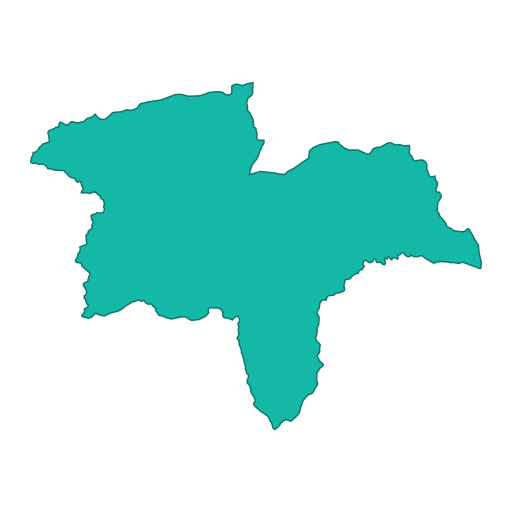 Than To, Yala, Thailand
{"feature_id": "78962969B74905002065974", "entity_name": "Than To", "entity_type": "district", "adm_level": 2, "iso_a3": "THA", "parent_name": "Thailand", "parent_adm1": "Yala", "projection": "mercator", "projection_center": [101.258, 6.055], "detail": "fine", "context": "isolated", "style": "filled", "palette": "teal", "viewbox_px": 512, "rotation_deg": 0, "n_neighbors": 0, "source": "geoboundaries", "source_scale": "gbopen_adm2", "svg_char_len": 5985}
<svg xmlns="http://www.w3.org/2000/svg" viewBox="0 0 512 512"><path d="M95.1,114.2L92.5,116.7L89.7,117.8L87.4,118.2L84.3,121.3L79.1,122.7L75.5,122.6L72.9,121.8L71.3,121.7L70.4,122.3L67.4,125.2L64.8,124.4L60.9,122.3L59.9,122.3L58.9,124.9L58.7,127.0L55.9,127.2L54.4,128.5L48.7,130.9L48.2,131.6L48.0,133.7L48.9,135.7L49.3,141.9L43.3,143.8L39.4,147.4L37.2,151.0L35.4,152.1L33.3,152.5L32.9,153.2L33.3,154.6L31.8,157.0L30.7,161.0L31.1,162.7L32.4,163.2L34.0,163.5L35.8,162.8L37.3,164.0L42.6,164.1L44.3,164.5L46.6,166.6L47.9,168.7L51.1,168.9L55.0,170.2L63.7,170.5L69.2,176.3L71.5,177.7L74.5,178.1L76.5,181.4L77.5,182.2L79.8,181.4L80.6,181.7L82.0,186.3L83.2,188.0L83.1,189.2L81.4,191.8L81.3,192.7L83.3,193.1L85.1,192.5L90.1,193.5L90.7,193.4L91.2,192.5L94.2,192.2L94.0,191.6L94.8,191.5L98.9,195.3L100.3,195.9L100.8,198.2L103.3,200.2L104.3,202.8L104.3,204.3L103.6,207.0L104.4,208.5L104.4,209.9L103.1,212.6L101.2,213.0L96.7,212.8L95.4,213.9L92.2,214.6L91.2,215.6L91.1,216.6L92.1,220.3L92.9,221.3L93.1,222.8L92.2,224.3L91.7,228.6L88.3,231.2L87.8,233.6L86.0,235.4L86.3,241.0L87.0,243.5L85.5,245.0L82.5,245.8L80.0,247.0L79.9,247.5L80.3,248.9L79.9,251.3L77.9,254.0L77.5,256.6L75.5,260.3L75.7,261.6L76.7,262.4L81.1,263.1L82.1,266.3L90.1,273.2L88.2,279.0L87.8,281.2L87.0,281.9L84.2,282.8L83.5,284.0L83.6,285.9L86.1,289.5L86.6,293.1L86.4,294.1L84.2,295.9L84.2,298.2L85.7,299.3L86.0,302.1L87.2,304.3L88.7,305.5L86.6,307.9L84.4,308.9L84.6,311.2L83.4,313.9L81.8,315.1L82.1,316.6L88.4,318.2L91.7,317.2L94.2,314.4L95.7,313.4L99.0,314.7L104.1,316.0L110.7,313.0L118.8,310.8L121.7,309.2L126.2,305.6L131.2,302.7L132.4,301.6L134.7,301.6L137.8,300.0L139.7,300.3L141.3,301.4L142.9,300.5L144.6,301.0L145.5,302.6L146.9,303.6L148.6,304.4L150.1,303.7L151.8,304.4L152.7,305.8L155.5,308.1L155.6,310.2L158.8,315.2L162.4,316.0L165.8,317.6L170.3,318.7L172.2,318.9L178.0,317.5L183.0,316.8L185.2,316.9L186.8,317.6L190.0,319.8L191.9,320.4L198.9,319.5L205.6,316.3L208.5,313.1L208.3,309.4L209.2,308.1L210.9,307.8L217.9,308.0L221.1,309.3L223.0,312.5L222.8,315.8L223.9,317.5L225.5,318.0L227.4,318.0L232.6,319.9L234.7,317.2L236.5,316.5L238.1,316.4L239.5,318.6L239.5,320.6L239.1,322.2L238.1,323.3L238.0,324.1L238.9,326.8L238.2,329.7L238.8,333.5L238.5,335.4L237.1,338.2L237.3,339.0L238.7,339.9L238.7,341.2L239.5,342.7L239.2,344.2L241.4,350.1L241.5,353.2L242.3,354.3L243.9,359.9L244.7,364.2L245.6,366.4L245.3,368.6L246.8,373.4L248.5,375.0L248.4,377.7L247.3,379.8L247.2,382.8L249.5,385.4L250.6,388.6L250.7,390.6L251.5,393.2L253.7,396.3L255.1,399.8L255.2,400.9L253.6,403.6L253.8,404.6L254.8,406.0L260.5,411.2L264.6,413.8L267.6,416.1L269.3,418.5L270.1,420.9L271.7,423.1L273.0,427.8L274.0,429.2L275.2,429.2L275.9,428.8L279.5,425.4L280.9,422.8L285.4,419.7L286.7,419.7L290.5,421.2L292.2,420.3L292.9,419.3L296.1,416.7L298.7,413.6L299.4,412.3L300.9,406.4L302.5,401.9L303.7,399.7L307.3,395.6L309.4,394.3L311.7,393.7L312.7,392.6L313.7,391.4L314.7,388.8L317.4,384.9L317.6,383.5L316.6,379.8L316.9,373.2L319.8,368.3L322.8,366.0L323.3,364.6L323.2,364.0L321.4,362.9L319.0,359.9L317.3,356.7L317.5,355.1L319.2,352.9L319.7,351.4L319.5,348.9L320.2,345.0L319.7,344.0L316.9,341.2L315.6,338.3L317.0,333.3L317.2,329.5L316.8,327.8L318.1,326.2L318.7,324.3L319.1,317.5L318.2,315.3L316.9,313.4L316.9,312.5L317.7,310.6L318.9,308.9L320.0,302.8L321.9,300.4L324.2,299.7L326.1,300.1L326.5,299.5L326.7,297.2L328.8,295.5L332.9,295.3L334.4,294.8L334.9,294.0L336.4,293.0L339.7,292.8L344.2,290.8L344.6,288.6L343.8,286.0L345.2,279.6L349.8,278.9L352.7,275.6L356.8,273.3L358.5,273.3L358.4,271.4L359.5,270.5L362.6,269.1L363.0,267.7L364.2,266.6L363.2,264.6L363.1,263.5L363.4,261.9L364.4,260.6L366.2,260.3L368.4,262.3L370.1,262.7L372.6,261.6L373.3,260.8L373.7,259.2L374.7,258.6L375.5,259.3L376.3,261.7L377.1,262.5L380.2,262.2L383.4,264.5L384.1,264.7L384.8,264.5L385.3,263.1L384.5,259.6L384.7,258.4L385.2,258.1L386.7,258.9L387.3,258.8L387.7,257.2L388.9,256.8L391.0,259.6L391.9,259.7L392.3,258.4L393.9,257.6L394.8,257.6L397.4,259.1L398.1,258.4L397.6,255.8L397.9,255.3L399.9,254.7L402.0,252.8L403.3,252.7L405.6,255.5L408.1,256.8L409.9,256.4L411.4,254.8L412.9,256.2L414.7,256.6L417.6,256.7L420.3,255.8L421.9,255.7L424.9,258.0L433.3,263.0L434.7,263.0L436.9,262.0L441.1,261.5L447.3,261.9L449.8,262.6L452.6,262.5L458.9,263.4L461.7,262.4L463.6,262.5L479.8,268.5L480.7,268.4L481.3,262.6L479.1,253.0L478.3,244.8L474.7,239.7L472.8,235.6L468.7,228.8L467.8,228.8L464.7,231.4L461.2,231.8L453.5,230.6L450.8,228.4L447.1,226.8L445.0,221.9L439.8,216.2L439.4,214.3L437.1,210.8L437.8,202.6L441.1,197.2L441.3,196.3L441.1,195.4L439.4,192.5L438.8,192.1L436.8,192.1L435.9,190.5L435.9,189.2L437.2,186.0L437.5,182.8L435.3,179.4L435.0,176.1L431.4,177.1L429.4,176.2L426.9,169.1L426.6,163.7L425.0,161.5L423.1,160.3L421.6,159.9L413.8,161.1L411.7,155.9L409.9,154.7L409.0,151.9L409.7,149.2L409.4,145.5L403.3,145.8L400.9,144.9L398.5,144.6L396.4,145.2L390.6,142.9L387.9,142.9L380.7,147.1L376.7,147.4L373.2,148.8L371.3,151.8L370.2,153.0L368.0,154.5L358.0,150.0L349.0,150.0L345.2,148.5L340.5,145.1L337.7,141.8L334.4,141.8L320.2,144.6L313.5,147.4L309.6,150.9L308.7,158.4L306.8,159.3L293.5,168.6L288.1,171.3L284.7,174.4L279.9,174.2L275.2,173.1L260.3,171.5L249.5,174.6L250.3,170.1L252.3,164.6L256.2,159.7L258.3,156.0L260.1,149.9L261.3,148.9L261.6,146.4L263.3,144.5L264.2,141.3L263.6,140.1L259.4,140.4L257.1,139.5L256.7,138.7L257.0,134.8L256.7,132.6L255.6,128.1L254.2,127.4L253.8,126.7L253.0,119.2L250.5,114.5L250.2,113.2L247.8,111.0L247.5,110.1L247.4,105.9L246.7,103.4L247.1,100.3L248.4,97.7L251.3,95.7L252.5,93.5L252.8,92.7L252.4,90.1L252.9,87.1L252.7,83.6L253.0,82.8L247.4,83.7L242.2,85.6L236.5,84.1L234.6,84.6L231.8,86.0L231.8,93.2L229.4,95.1L225.6,94.6L222.3,92.2L217.1,91.7L208.6,92.6L204.3,94.5L199.1,95.9L188.6,96.3L181.1,94.4L175.9,94.4L160.4,100.2L148.8,101.8L141.3,103.6L139.8,104.2L137.5,107.8L134.3,109.5L130.8,110.4L127.5,109.8L125.9,110.0L121.8,111.8L114.4,112.3L112.4,112.9L106.8,118.2L104.5,119.3L101.2,119.5L98.9,118.2L96.8,116.4L95.1,114.2Z" fill="#14b8a6" stroke="#0f766e" stroke-width="1.5"/></svg>